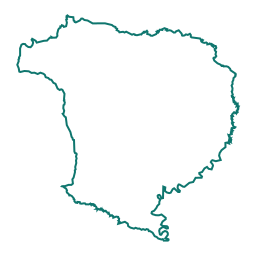 the district of Blora, Jawa Tengah, Indonesia
{"feature_id": "22746128B85780086903212", "entity_name": "Blora", "entity_type": "district", "adm_level": 2, "iso_a3": "IDN", "parent_name": "Indonesia", "parent_adm1": "Jawa Tengah", "projection": "albers", "projection_center": [111.399, -7.111], "detail": "fine", "context": "isolated", "style": "outline", "palette": "teal", "viewbox_px": 256, "rotation_deg": 0, "n_neighbors": 0, "source": "geoboundaries", "source_scale": "gbopen_adm2", "svg_char_len": 5762}
<svg xmlns="http://www.w3.org/2000/svg" viewBox="0 0 256 256"><path d="M84.4,20.0L82.6,18.6L81.3,18.6L79.8,20.5L75.8,22.4L74.7,22.0L74.5,21.0L73.7,20.6L73.3,17.2L69.2,16.8L67.4,15.4L66.5,16.2L67.1,17.2L66.5,17.7L67.0,19.1L66.2,19.6L66.9,22.8L66.1,26.2L63.9,26.9L63.2,25.7L61.9,25.2L61.6,26.1L60.3,26.4L60.5,27.6L58.9,28.6L58.2,29.8L57.2,33.7L57.4,35.8L56.1,37.6L52.7,37.7L51.3,36.9L51.3,37.8L49.8,37.7L47.0,40.6L43.9,40.8L36.7,42.6L35.7,40.8L32.2,38.8L31.6,39.8L32.9,41.7L33.1,42.9L32.3,45.3L30.6,47.2L28.3,47.0L26.1,45.5L25.1,44.1L23.1,43.9L21.5,44.7L20.1,48.4L20.1,55.5L19.0,57.5L19.2,58.7L18.5,59.4L18.7,61.2L17.3,64.8L18.7,68.2L19.3,71.6L20.3,72.0L24.4,71.0L28.8,71.3L31.5,72.9L34.5,72.7L37.7,74.0L40.4,72.7L43.3,73.7L44.8,74.8L45.7,77.2L48.3,78.0L49.6,79.4L51.4,79.8L53.4,82.8L55.5,83.8L57.6,88.6L59.7,90.0L61.1,89.3L62.4,89.8L64.5,93.8L64.0,99.3L64.4,100.0L63.9,100.6L64.8,102.3L64.4,104.5L63.5,105.2L63.3,108.2L64.2,110.8L63.5,113.4L62.7,113.8L64.6,116.5L65.8,117.3L66.8,125.1L70.4,132.0L71.6,136.9L72.4,137.8L72.9,139.7L74.0,140.0L74.4,151.6L75.1,153.1L76.3,153.4L76.7,154.1L76.0,156.6L76.6,158.3L76.0,160.6L76.3,163.0L75.2,167.0L75.6,169.4L74.8,170.3L75.0,172.0L73.6,177.6L72.4,179.3L72.9,183.6L71.4,184.9L68.4,184.9L65.1,186.1L62.1,186.2L62.0,186.3L64.5,186.9L64.3,187.5L66.1,188.6L67.0,190.4L66.6,191.1L66.9,192.5L68.5,193.8L69.3,195.4L69.9,195.0L71.9,196.1L73.8,198.4L73.6,199.0L74.5,199.7L74.4,201.2L75.6,202.6L77.3,202.9L77.4,201.9L78.6,202.0L79.8,202.1L80.2,203.5L81.6,203.7L84.0,203.3L85.2,203.5L85.7,204.3L88.8,204.4L90.4,203.6L91.1,204.8L91.5,204.0L93.4,204.1L94.2,204.6L93.6,205.0L94.3,205.1L94.4,206.0L95.3,206.0L96.2,206.8L96.5,208.1L97.1,208.4L96.5,208.8L97.4,208.8L97.4,209.5L97.9,208.8L99.4,209.6L100.6,208.6L100.9,208.9L100.6,209.5L101.0,209.9L101.3,209.5L101.3,210.1L101.9,208.9L102.9,209.7L102.9,210.9L103.5,211.4L103.8,210.9L105.3,211.3L105.2,210.8L105.7,210.8L107.3,212.7L108.6,212.7L108.4,213.8L109.1,213.9L110.0,215.3L110.5,215.3L110.3,215.9L111.9,215.2L112.5,216.2L113.2,216.2L113.3,217.7L116.2,216.6L118.1,216.9L118.1,217.7L119.1,218.5L118.9,220.4L118.4,220.7L119.6,221.8L118.6,222.4L118.2,223.8L124.9,221.8L127.7,223.6L128.2,226.1L130.4,227.6L134.0,228.6L135.6,227.8L137.9,228.7L139.3,228.5L141.6,229.8L143.0,229.1L145.2,229.9L146.6,229.1L148.3,229.6L148.8,231.1L150.0,231.1L152.6,232.7L154.7,236.2L156.7,237.0L158.2,238.5L161.4,239.5L162.8,239.1L163.7,240.6L167.9,240.6L168.6,239.9L168.4,239.2L165.4,238.2L167.8,234.9L167.8,233.1L166.8,231.6L164.9,231.0L162.6,232.3L161.3,234.7L160.5,234.8L159.9,234.4L159.2,230.8L159.7,229.1L162.5,227.2L164.1,227.2L166.5,228.6L167.9,228.3L167.9,227.2L166.9,226.2L162.9,226.0L161.0,224.7L162.6,221.5L165.7,219.2L165.7,217.8L161.5,214.5L158.9,215.3L155.8,215.2L152.5,214.2L151.5,213.2L151.9,211.8L154.2,210.7L156.4,207.9L157.4,205.8L159.3,204.0L159.3,201.8L160.2,199.6L158.0,197.6L157.6,195.9L158.2,195.1L159.4,194.9L160.4,195.9L161.5,198.4L163.0,198.1L163.3,186.6L165.3,187.4L164.9,190.9L166.9,192.5L169.2,193.1L170.7,192.7L172.7,189.2L174.1,188.3L178.1,192.0L179.5,192.0L179.9,190.9L178.1,189.1L177.6,187.9L177.8,185.9L178.6,184.5L179.7,184.6L183.1,186.7L184.5,186.8L189.4,182.8L193.2,182.0L195.6,177.8L201.6,177.7L202.0,176.5L199.3,173.9L199.3,172.9L202.1,172.0L204.5,168.4L207.0,166.9L208.6,168.8L211.6,169.4L213.0,165.7L212.6,164.4L210.8,162.1L211.7,160.6L212.5,160.2L215.8,161.2L220.7,160.0L219.1,155.7L219.7,153.0L221.6,150.1L225.5,147.1L225.4,142.9L226.6,142.6L229.0,143.5L228.5,142.0L229.5,141.5L230.5,142.0L229.8,140.4L231.0,140.9L231.2,139.9L230.2,139.8L230.7,138.7L229.3,139.4L229.9,137.3L229.1,136.9L228.6,135.3L229.3,135.7L229.2,134.9L230.9,134.4L230.9,132.7L231.7,133.2L231.5,132.2L232.2,131.8L231.8,131.4L232.5,130.7L231.9,130.6L232.0,129.8L231.3,129.8L231.7,128.1L234.6,128.0L235.3,127.2L233.6,126.5L232.9,125.5L232.9,124.3L232.3,124.1L231.9,123.1L233.1,122.5L232.3,121.9L232.0,120.2L232.4,119.6L231.6,119.1L232.0,118.5L231.5,118.1L232.1,117.2L231.4,116.8L231.3,116.0L232.9,116.0L232.1,114.4L234.1,112.2L235.0,112.5L235.2,113.1L236.2,112.4L236.5,113.1L237.0,112.0L238.0,113.1L236.9,111.2L237.4,110.9L237.0,110.3L238.1,109.5L237.8,108.7L238.4,108.0L237.9,107.4L238.7,106.3L237.2,105.8L236.6,106.1L236.9,105.2L236.6,104.8L237.7,104.6L237.7,103.9L237.0,104.3L236.8,103.5L235.2,103.7L235.5,102.5L233.7,102.3L233.4,101.0L234.3,100.9L233.4,99.3L233.9,98.0L233.0,98.3L233.0,96.9L232.0,96.9L231.7,95.8L232.8,94.7L231.7,91.4L232.3,90.8L232.5,88.2L231.6,85.5L232.6,84.0L232.4,81.9L233.3,80.1L233.5,78.1L235.4,76.3L235.2,75.2L235.7,75.0L235.9,75.6L235.6,73.7L230.6,70.3L230.1,68.8L228.2,66.9L226.4,66.3L223.7,66.4L223.4,65.7L221.9,65.4L222.1,66.0L221.7,66.0L220.4,64.6L217.5,63.3L214.3,60.6L213.4,58.2L214.2,57.5L215.2,57.6L216.3,56.1L215.5,54.4L216.1,51.7L214.9,50.5L214.7,49.5L214.8,48.6L216.0,48.5L216.3,47.7L215.7,46.0L214.8,46.0L212.6,44.6L212.9,46.5L211.6,45.5L210.8,43.9L209.6,43.5L209.2,44.1L207.3,44.4L207.3,43.3L206.3,42.5L204.3,42.9L202.4,42.3L201.5,41.6L202.9,40.1L202.1,39.6L200.9,40.0L200.1,38.5L191.6,37.4L190.8,36.8L190.8,35.0L189.9,33.8L187.8,34.9L185.9,34.4L184.6,35.4L182.8,35.7L182.1,35.5L181.6,33.6L178.7,30.3L176.1,31.3L175.3,32.4L173.9,32.6L171.0,30.6L169.3,30.2L167.0,30.8L166.6,30.5L167.0,29.3L166.1,29.4L166.4,28.9L164.5,28.2L161.4,29.6L161.6,29.9L159.8,29.7L159.0,30.9L158.3,30.9L158.9,31.7L158.1,32.6L157.2,31.6L156.7,31.7L157.2,32.4L156.2,34.1L152.3,35.8L150.5,35.6L149.9,34.7L147.2,34.0L147.5,31.6L146.9,30.8L145.0,32.3L144.5,31.7L143.7,31.8L143.7,32.8L142.4,33.1L141.4,34.5L140.7,34.3L137.1,35.2L135.1,35.0L134.8,34.4L133.5,34.1L132.0,34.7L126.2,31.7L124.5,32.5L123.1,31.8L119.4,32.3L118.6,31.0L116.6,30.1L117.1,28.8L115.5,27.8L115.4,26.9L113.5,26.3L111.9,25.0L104.9,23.3L92.7,23.4L87.6,20.5L84.4,20.0Z" fill="none" stroke="#0f766e" stroke-width="2"/></svg>